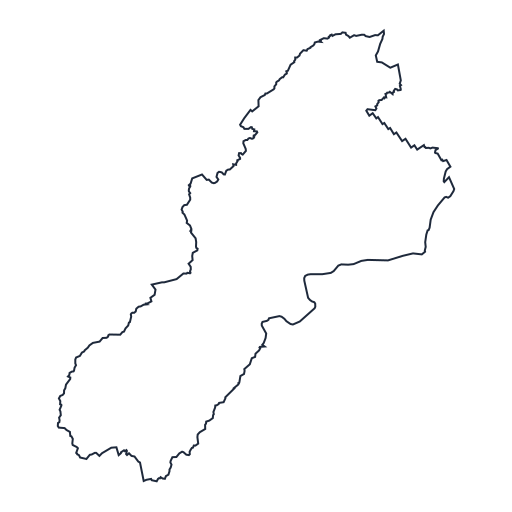 Tlapacoyan, Veracruz, Mexico
{"feature_id": "50627088B77470661049606", "entity_name": "Tlapacoyan", "entity_type": "district", "adm_level": 2, "iso_a3": "MEX", "parent_name": "Mexico", "parent_adm1": "Veracruz", "projection": "albers", "projection_center": [-97.179, 20.022], "detail": "fine", "context": "isolated", "style": "outline", "palette": "slate", "viewbox_px": 512, "rotation_deg": 0, "n_neighbors": 0, "source": "geoboundaries", "source_scale": "gbopen_adm2", "svg_char_len": 5968}
<svg xmlns="http://www.w3.org/2000/svg" viewBox="0 0 512 512"><path d="M182.5,212.7L184.4,214.5L186.1,218.3L187.1,220.7L186.7,222.9L190.0,225.5L191.4,229.0L190.5,230.7L191.3,230.7L191.0,232.6L195.6,238.3L196.2,242.1L196.0,246.6L196.3,247.9L197.6,248.7L197.3,250.4L192.8,252.8L192.2,256.0L192.6,260.1L188.6,263.7L190.7,266.8L190.8,269.3L190.0,271.3L190.5,272.8L190.0,273.3L187.3,272.8L186.6,273.6L183.4,273.5L176.6,279.1L164.3,282.3L162.1,282.3L151.8,284.6L155.5,289.6L154.6,294.8L150.4,297.8L151.4,301.4L147.3,303.5L144.9,303.6L146.5,304.4L143.6,304.7L140.7,306.4L138.6,306.7L136.3,308.7L135.7,311.5L134.1,312.8L132.4,312.7L131.4,313.4L130.8,314.3L131.2,316.6L129.9,322.1L128.9,322.6L128.2,325.5L125.5,328.4L124.0,331.6L122.4,332.1L120.2,334.7L109.4,334.5L108.3,335.3L108.1,336.6L106.6,337.8L102.6,338.0L99.6,341.6L92.9,342.9L89.4,345.4L87.8,347.7L84.7,350.3L84.2,351.4L81.9,352.6L79.9,355.9L76.1,357.5L75.3,359.5L75.3,363.4L76.0,365.2L74.6,367.6L74.0,370.7L73.5,371.4L71.9,371.6L69.6,372.9L69.3,375.0L68.0,376.5L70.3,377.5L70.2,379.0L66.0,384.6L65.3,388.3L64.1,390.3L64.0,393.4L62.6,395.0L60.3,395.9L58.9,398.4L60.3,401.1L60.1,404.3L61.3,404.7L61.4,405.5L59.6,409.8L60.4,411.4L60.8,415.2L59.1,417.6L59.6,420.3L59.3,422.2L58.0,423.0L57.8,426.0L58.8,427.6L64.6,428.1L66.5,430.0L69.9,431.9L70.3,436.0L71.4,436.3L72.8,438.9L72.3,443.4L72.7,445.0L76.7,447.0L77.9,448.2L76.2,452.9L77.1,453.6L77.2,454.3L79.0,455.2L80.1,457.5L86.4,459.0L89.8,454.8L91.7,454.5L94.7,452.9L96.2,452.9L99.4,455.9L102.0,453.2L111.3,447.7L116.4,447.3L118.7,455.1L120.9,453.2L121.0,452.3L124.0,450.3L124.9,451.2L126.4,450.1L126.9,450.9L126.1,454.0L127.0,455.0L129.0,453.3L131.5,455.9L134.5,456.5L138.3,461.6L140.0,462.5L143.7,481.0L146.4,479.8L151.1,478.9L151.7,480.2L156.7,481.3L158.0,478.9L158.9,478.2L160.0,478.3L160.6,477.2L162.6,478.5L164.9,478.8L165.9,476.1L168.4,474.7L169.5,471.2L169.5,469.5L170.7,467.5L171.5,464.6L170.4,462.5L170.6,461.0L172.4,457.2L176.4,457.0L179.3,453.4L182.1,451.7L183.5,452.2L186.3,454.7L188.9,455.1L189.8,454.2L189.6,451.8L190.8,449.5L191.9,447.9L193.0,447.6L193.8,445.5L195.4,445.6L198.2,443.6L197.4,437.1L197.7,434.5L199.8,432.2L205.2,429.0L205.1,424.8L206.0,423.6L206.2,421.6L209.3,420.6L212.8,418.1L213.1,415.1L213.8,414.2L213.4,412.0L215.1,407.6L215.3,405.5L216.7,405.3L218.7,404.0L219.1,402.9L223.6,402.2L225.4,398.3L225.3,397.3L234.3,388.4L233.9,388.1L238.4,384.4L238.4,383.1L239.1,383.0L239.4,382.1L240.4,376.0L244.0,374.0L244.6,370.9L244.3,369.1L249.8,364.3L251.8,358.2L255.1,356.9L255.5,353.7L259.1,350.4L260.2,348.3L259.5,347.5L259.9,346.9L264.6,346.5L262.3,344.8L263.7,343.0L265.6,338.0L266.2,333.5L261.8,325.6L261.7,323.7L262.5,321.9L266.8,320.9L268.4,319.9L269.0,318.3L279.4,316.1L281.6,316.7L284.4,318.8L286.4,321.2L290.5,324.0L292.9,324.5L299.8,321.5L314.6,308.3L315.3,306.7L315.2,303.6L314.3,302.2L311.9,301.4L309.9,299.9L308.1,297.8L304.3,280.7L304.2,278.1L305.2,275.9L307.8,274.6L310.6,274.2L322.3,274.2L330.8,272.9L333.7,271.1L338.3,265.6L341.3,264.4L348.2,264.7L353.6,264.1L361.3,260.9L367.8,259.9L388.0,260.4L402.9,255.8L413.0,253.4L421.8,254.4L425.1,251.7L424.8,250.5L425.7,246.9L425.2,242.2L426.3,234.6L427.6,230.4L428.6,230.1L429.6,227.7L430.7,219.6L433.5,212.1L437.9,205.4L444.6,197.4L446.2,196.9L448.1,197.7L450.3,196.2L453.5,191.1L454.2,189.0L449.0,177.2L444.3,182.1L443.7,181.3L443.9,178.6L445.7,171.4L447.1,169.1L450.4,166.7L446.5,160.0L443.1,161.1L442.2,159.7L441.4,160.2L437.7,153.6L435.3,153.0L435.0,152.5L435.5,150.1L437.9,148.6L437.8,148.2L432.5,147.6L430.4,148.4L428.7,147.8L425.9,148.0L425.3,147.1L424.6,147.1L423.9,145.1L417.2,149.6L414.4,145.3L411.1,147.6L405.5,138.8L402.1,141.1L396.4,132.5L393.9,134.2L390.1,128.0L388.3,129.1L384.3,123.0L382.5,124.1L378.0,117.1L376.3,118.4L372.7,113.2L369.3,115.7L366.3,110.7L367.5,109.2L375.3,110.2L376.4,108.5L375.4,106.4L377.2,105.4L377.2,104.1L378.7,102.2L378.4,100.9L379.2,100.2L381.6,100.0L383.9,97.5L384.5,98.2L385.3,97.1L386.2,97.3L385.5,93.9L386.7,93.6L387.1,92.7L389.1,92.5L389.8,91.8L392.6,94.1L392.8,92.5L394.0,91.9L393.8,90.8L395.2,88.9L397.0,89.4L397.8,90.4L400.6,90.0L400.8,89.2L399.9,85.9L401.0,85.1L399.7,83.7L400.8,80.4L397.9,64.5L390.3,67.7L381.8,62.4L377.2,61.8L375.8,55.4L378.0,51.5L380.2,43.8L382.4,39.0L382.7,36.7L384.0,34.0L383.7,30.7L377.9,35.3L375.1,35.1L369.6,37.0L365.6,36.1L364.3,34.8L361.9,34.7L356.2,35.9L354.1,35.2L349.8,37.7L348.5,36.1L346.0,34.6L345.6,32.8L342.4,32.4L340.8,33.9L335.5,34.3L332.4,35.9L331.7,34.6L330.1,35.3L329.9,36.2L328.8,36.7L329.0,37.6L327.5,38.6L323.8,38.2L319.7,40.2L319.6,40.6L320.9,40.5L320.6,41.5L321.0,41.9L317.9,41.6L314.8,42.5L314.3,44.3L313.3,45.5L310.5,47.2L310.4,47.8L307.5,49.1L306.7,50.7L303.4,50.2L300.0,53.7L299.5,55.5L297.1,57.5L295.2,57.5L295.3,59.6L294.1,61.2L294.3,62.2L290.6,64.7L287.9,70.7L286.3,71.3L286.9,73.1L286.6,73.7L284.9,74.6L283.2,77.3L282.2,77.2L279.7,79.1L279.0,80.4L276.7,81.8L276.2,82.5L276.2,84.3L274.4,86.4L274.4,88.4L273.7,89.3L266.9,93.5L265.4,93.5L264.8,95.0L260.5,97.2L258.4,100.1L258.6,106.3L252.2,111.4L250.5,109.9L244.3,118.1L240.1,124.7L240.9,126.2L243.4,127.2L244.4,128.9L248.4,128.9L250.9,127.1L251.8,127.2L252.3,128.9L254.3,129.4L254.0,131.2L256.9,131.4L257.3,132.4L255.2,134.9L253.7,135.5L253.6,136.7L254.2,137.0L253.5,138.2L252.0,138.8L249.9,138.0L248.5,138.5L247.3,140.0L245.7,140.0L243.5,141.2L243.3,143.3L245.7,148.9L245.9,150.9L242.7,154.6L241.5,154.0L241.0,153.1L239.1,153.1L238.6,155.4L240.1,157.9L240.1,158.9L237.3,160.3L237.6,161.0L236.1,163.5L236.1,164.8L233.2,164.3L233.5,166.1L229.8,169.5L228.1,169.6L226.3,170.7L224.9,174.5L223.7,174.4L221.8,172.4L220.3,172.0L219.0,171.8L217.5,173.0L216.5,176.9L218.3,179.5L217.1,181.5L215.0,182.9L213.8,183.2L211.8,182.6L208.8,179.6L206.7,179.9L202.0,174.5L192.2,178.4L190.6,183.6L188.8,185.2L189.0,185.7L190.2,185.7L190.3,186.4L189.1,188.4L188.8,190.2L188.9,191.4L190.2,193.1L189.1,194.3L190.2,197.6L190.2,199.7L186.9,204.8L184.3,205.1L182.5,207.0L181.6,209.6L182.7,211.6L182.5,212.7Z" fill="none" stroke="#1e293b" stroke-width="2"/></svg>